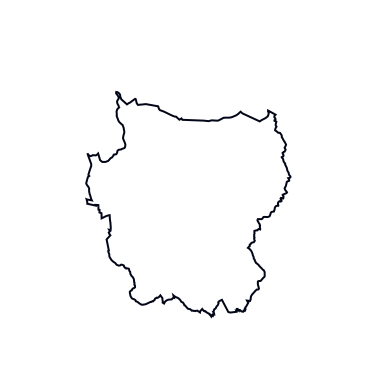 outline of Juchique de Ferrer, Veracruz, Mexico, rotated 321°
{"feature_id": "50627088B55369972555828", "entity_name": "Juchique de Ferrer", "entity_type": "district", "adm_level": 2, "iso_a3": "MEX", "parent_name": "Mexico", "parent_adm1": "Veracruz", "projection": "equal_earth", "projection_center": [-96.665, 19.824], "detail": "fine", "context": "isolated", "style": "outline", "palette": "ink", "viewbox_px": 384, "rotation_deg": 321, "n_neighbors": 0, "source": "geoboundaries", "source_scale": "gbopen_adm2", "svg_char_len": 6045}
<svg xmlns="http://www.w3.org/2000/svg" viewBox="0 0 384 384"><g transform="rotate(321 192 192)"><path d="M305.6,184.5L302.4,176.6L301.7,177.4L301.5,178.8L299.9,180.1L298.4,180.9L295.4,180.8L291.2,179.9L289.1,179.8L280.7,162.7L280.3,160.2L276.7,160.4L274.5,160.2L270.6,159.1L268.7,158.3L267.0,157.1L263.5,154.3L257.7,153.1L256.8,152.7L252.4,148.7L249.5,147.4L246.0,143.9L230.0,129.9L230.1,128.2L227.7,127.9L227.0,123.3L226.0,122.5L224.5,119.8L220.7,111.7L218.6,108.2L218.6,106.7L219.6,104.1L211.5,94.7L204.8,90.3L204.9,88.3L206.7,84.4L206.4,83.8L200.1,83.5L198.6,83.1L196.6,83.0L195.4,75.5L196.4,72.5L197.0,71.7L197.5,70.1L197.2,68.4L196.8,67.4L196.1,66.6L195.2,67.4L195.0,68.7L195.1,69.8L194.5,72.9L190.9,74.3L190.0,75.6L189.6,76.7L189.3,78.5L188.6,80.1L188.6,80.4L185.9,80.7L184.1,81.9L182.1,84.8L181.4,85.3L179.8,90.0L179.5,91.5L179.7,93.6L180.2,96.3L179.2,99.3L178.7,100.0L177.8,101.8L176.6,103.4L174.6,104.7L172.4,106.6L172.0,107.3L170.7,111.7L170.1,113.2L169.0,114.3L167.8,115.2L166.8,115.2L164.5,114.4L163.9,114.4L161.4,113.0L159.7,113.2L159.0,114.0L157.6,114.8L156.8,114.9L154.7,113.7L154.0,114.2L151.6,114.8L150.1,114.5L146.5,115.1L143.7,114.2L141.2,112.2L140.6,109.5L143.3,103.0L141.9,103.2L140.4,103.1L138.0,100.9L136.9,100.8L135.6,100.2L134.9,98.4L135.0,96.1L131.3,106.8L130.0,108.4L126.0,110.9L122.2,113.5L122.2,114.9L120.4,114.9L115.3,118.6L114.9,119.7L114.7,121.2L114.8,122.3L114.3,124.5L112.5,126.7L111.2,129.1L110.7,130.6L109.2,134.2L108.9,135.5L105.7,131.7L105.5,131.3L104.2,134.1L103.2,135.2L108.6,142.0L108.9,141.3L111.0,143.2L108.2,146.9L108.9,147.7L107.2,149.7L108.1,151.0L108.3,151.5L105.2,155.6L110.1,156.7L112.0,157.4L113.4,158.2L111.4,161.0L110.0,163.2L109.5,164.2L106.2,168.9L104.6,170.5L103.8,169.3L103.5,170.9L101.8,171.1L101.4,172.5L101.3,174.3L95.8,175.1L90.5,185.2L89.8,185.1L89.1,186.3L88.7,188.0L87.5,189.7L87.0,190.8L86.6,194.3L86.9,196.4L87.7,199.1L87.6,201.0L88.8,203.2L89.9,203.8L91.3,203.9L92.1,204.9L92.7,206.0L92.7,206.5L92.3,207.1L92.2,208.1L92.3,208.9L92.8,209.2L92.7,210.1L93.7,210.7L94.6,211.8L94.5,212.4L94.1,213.0L93.7,213.8L93.7,215.1L92.5,217.0L92.2,219.3L92.4,220.9L92.2,222.1L92.0,223.0L90.9,224.9L90.4,225.4L90.1,226.6L89.1,227.5L88.8,227.9L88.9,228.5L88.7,229.1L87.7,230.2L86.5,230.2L86.0,229.9L84.8,229.8L83.3,230.5L82.2,230.2L80.9,230.4L80.1,231.5L78.8,234.0L78.4,235.9L78.5,237.3L79.5,239.0L80.0,240.4L79.6,241.6L80.5,243.1L81.0,245.5L81.8,247.7L82.6,248.5L85.4,250.1L90.8,251.4L91.3,251.9L91.7,251.8L92.5,252.0L93.1,252.5L93.5,252.2L94.9,252.4L96.1,251.7L97.0,251.7L97.5,252.0L98.3,252.0L98.8,252.7L99.4,252.7L100.4,252.8L102.4,252.4L102.2,255.9L101.3,257.0L100.3,258.9L99.6,259.5L100.1,261.1L102.0,260.3L102.8,260.2L104.1,260.3L105.7,260.7L108.2,262.4L108.9,262.7L109.3,262.5L111.1,262.4L111.4,262.9L112.5,260.6L112.7,261.7L113.2,263.3L114.3,265.3L114.7,266.6L114.9,268.5L114.6,270.2L114.7,270.8L115.4,272.3L115.1,274.9L114.8,275.2L115.2,276.0L115.3,280.0L116.9,282.1L117.2,284.2L117.7,284.3L118.5,285.5L119.4,286.2L119.7,286.7L120.2,286.8L121.5,287.6L122.4,290.6L123.2,289.9L126.3,289.3L126.3,291.4L127.0,292.5L126.7,292.6L127.4,293.9L127.5,293.9L127.7,295.2L128.5,296.9L128.7,300.2L128.6,301.1L128.9,301.0L129.3,300.0L129.4,300.5L129.9,300.9L130.2,301.5L130.5,301.3L130.9,300.5L131.6,301.0L131.6,300.4L132.4,300.7L132.6,300.0L132.8,300.7L132.9,299.7L133.4,298.6L135.4,297.2L135.8,297.3L137.2,297.3L138.8,296.5L140.7,296.2L142.6,295.2L143.0,294.2L144.6,294.0L147.4,294.6L144.7,308.1L145.9,309.8L151.2,313.1L151.6,312.0L151.8,312.3L152.4,312.7L152.8,312.2L153.3,311.2L153.8,311.5L153.5,311.9L153.3,311.6L153.1,312.1L153.7,312.7L153.5,313.0L153.7,313.8L154.3,313.2L155.0,313.9L155.1,315.0L155.3,316.0L156.5,317.3L157.3,317.3L157.6,316.8L158.2,317.3L158.3,317.0L158.7,316.9L158.6,317.4L158.8,317.4L159.2,316.3L159.5,316.0L160.0,316.4L160.4,315.6L161.1,315.2L161.7,315.2L166.2,313.4L166.2,312.0L166.4,311.0L168.5,313.2L170.3,312.2L170.7,311.5L171.3,311.1L171.9,310.4L173.7,309.6L179.1,308.7L180.4,308.6L181.0,308.6L182.0,309.4L182.5,309.5L183.4,309.0L185.0,305.3L186.8,303.1L187.4,303.0L189.4,304.3L193.9,303.5L194.6,303.6L195.5,303.2L198.1,299.9L198.5,298.1L198.1,296.7L198.1,295.2L197.8,292.7L197.8,290.2L197.1,287.1L197.5,286.0L197.5,285.0L198.1,284.1L198.1,282.7L199.1,281.0L199.5,279.3L200.2,278.0L200.8,275.8L201.0,274.5L200.9,272.6L200.3,270.6L202.2,270.3L202.7,270.5L203.8,269.2L204.7,269.4L205.7,269.0L206.8,269.1L207.4,269.5L208.4,269.7L208.6,269.9L210.1,269.4L210.3,268.6L211.1,267.1L211.7,266.6L211.9,266.7L212.4,265.5L213.1,264.9L213.4,264.3L214.8,263.3L215.0,262.7L216.0,261.5L218.1,262.4L218.6,262.9L220.5,262.7L221.1,263.3L221.4,264.0L221.6,263.9L222.8,261.8L223.6,261.0L223.5,260.9L224.3,259.7L224.5,257.6L225.0,255.2L226.1,254.5L229.0,256.9L230.0,257.0L231.3,256.5L231.9,256.5L232.7,257.0L234.8,258.9L236.3,259.6L237.6,259.5L240.4,257.6L241.5,257.7L243.4,258.7L243.9,258.2L244.4,258.1L245.0,257.7L246.2,256.6L247.1,256.1L248.1,255.8L249.2,256.1L250.3,257.0L250.7,256.7L251.4,255.2L252.1,254.5L253.0,254.2L254.2,254.2L254.7,255.1L255.5,255.4L256.0,255.3L256.7,252.8L257.5,252.6L258.0,253.2L258.3,254.1L258.7,254.4L259.4,254.1L259.6,253.6L260.4,253.0L260.4,252.1L260.6,251.3L260.7,251.2L264.6,252.3L265.6,252.1L265.7,251.5L265.7,249.1L266.3,247.4L268.7,246.4L272.1,243.8L273.1,243.9L274.2,244.4L274.6,244.4L275.1,243.9L275.5,241.8L276.7,242.5L277.7,242.5L278.0,242.3L278.3,241.8L278.2,240.3L278.4,239.2L279.2,238.0L279.5,235.6L280.9,232.7L281.7,229.2L282.3,228.5L282.3,226.5L282.5,225.7L283.6,223.6L283.5,221.7L283.6,221.4L284.0,221.4L285.4,221.7L285.7,221.5L286.3,221.0L286.7,219.1L287.1,218.6L287.9,218.9L288.5,218.5L289.5,218.9L291.4,218.0L291.8,215.9L293.8,215.1L294.9,214.4L295.5,211.7L295.6,209.9L296.1,207.7L296.3,205.8L296.9,205.3L297.4,204.1L297.6,201.6L297.3,201.1L296.3,200.3L295.9,197.8L295.6,197.3L295.4,196.5L295.8,195.9L297.1,195.0L298.8,194.4L298.9,193.1L299.4,192.3L301.8,190.4L301.6,189.5L301.1,189.1L300.9,188.5L301.4,188.1L302.2,188.3L302.6,188.1L303.1,187.2L303.0,185.8L303.8,184.8L305.6,184.5Z" fill="none" stroke="#020617" stroke-width="2"/></g></svg>